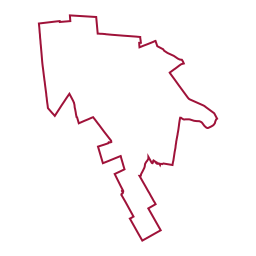 Mihail Kogalniceanu, Ialomita, Romania
{"feature_id": "2599482B73774561478339", "entity_name": "Mihail Kogalniceanu", "entity_type": "district", "adm_level": 2, "iso_a3": "ROU", "parent_name": "Romania", "parent_adm1": "Ialomita", "projection": "orthographic", "projection_center": [27.746, 44.645], "detail": "fine", "context": "isolated", "style": "outline", "palette": "rose", "viewbox_px": 256, "rotation_deg": 0, "n_neighbors": 0, "source": "geoboundaries", "source_scale": "gbopen_adm2", "svg_char_len": 4536}
<svg xmlns="http://www.w3.org/2000/svg" viewBox="0 0 256 256"><path d="M129.9,218.6L131.9,222.2L138.3,233.6L142.3,240.6L157.6,232.0L160.7,230.3L148.3,208.4L155.6,204.2L155.2,203.4L154.4,202.0L153.6,200.8L152.9,199.5L152.3,198.4L151.8,197.5L151.3,196.7L149.3,193.0L148.3,191.4L147.8,190.5L145.5,186.4L143.6,183.1L142.4,181.0L141.0,178.5L139.5,175.9L139.8,175.9L140.1,175.8L140.4,175.9L140.5,175.9L140.8,175.7L140.9,175.2L141.0,174.5L141.3,173.7L142.4,171.7L142.8,170.9L143.9,168.7L144.3,167.9L144.4,167.5L144.7,166.7L144.9,165.2L145.1,163.9L146.1,162.1L146.7,161.3L147.1,160.9L147.9,159.6L148.1,159.2L148.3,158.9L148.4,157.8L148.4,156.9L151.7,162.8L152.3,163.2L152.5,163.2L152.9,162.4L153.1,161.6L153.3,160.6L153.5,160.4L156.2,162.3L156.3,162.3L156.3,162.7L156.4,162.8L156.5,162.8L156.7,162.7L156.8,162.8L157.0,162.8L157.2,163.0L157.1,163.3L156.9,163.5L156.7,163.5L156.8,163.6L157.2,163.7L157.5,163.8L157.8,163.8L158.0,163.8L158.0,163.7L158.1,163.4L158.3,163.3L158.5,163.3L158.8,163.4L158.9,163.5L159.0,163.5L159.3,163.6L159.6,164.1L159.9,164.6L160.1,165.0L160.5,163.9L161.5,163.9L162.0,164.0L162.3,164.1L162.7,163.8L163.4,163.5L172.5,165.0L172.9,162.5L173.4,160.4L174.1,155.7L174.7,151.7L175.4,148.1L175.6,146.5L175.6,146.4L175.6,146.0L176.2,142.2L176.2,141.7L176.3,141.2L176.5,140.2L176.8,138.4L176.9,138.1L177.0,137.6L177.0,137.3L177.1,136.8L177.3,136.0L177.3,135.7L177.5,134.9L177.6,134.3L177.6,133.9L177.8,132.9L178.1,131.3L178.4,129.4L178.5,128.7L178.6,127.9L178.9,125.8L179.2,123.3L179.6,120.7L179.8,119.6L180.0,118.4L180.2,117.7L181.1,117.8L181.5,118.2L182.3,118.7L183.0,119.1L183.5,119.4L183.8,119.4L184.6,119.5L185.6,119.3L187.8,119.3L189.7,119.4L194.1,120.8L196.7,121.1L199.3,121.2L200.3,121.6L201.1,122.0L201.7,122.4L202.1,122.8L203.8,125.1L204.5,126.0L206.2,127.5L207.0,127.9L207.5,128.0L207.9,128.0L208.5,127.8L211.2,126.5L212.9,125.5L213.5,125.0L214.1,124.3L214.8,123.3L215.0,122.8L215.1,122.2L215.4,121.2L215.7,120.5L216.2,119.4L216.5,119.1L217.1,118.7L214.6,114.0L214.3,113.4L214.2,113.3L214.1,113.2L213.3,112.6L205.8,107.1L204.3,105.9L203.8,105.7L203.5,105.5L190.7,99.8L189.6,99.3L189.1,99.0L188.4,98.3L187.8,97.6L185.3,94.2L178.7,85.2L176.7,82.4L174.7,79.6L172.2,76.2L169.8,72.9L169.7,72.6L169.9,72.5L174.2,69.3L175.0,68.8L177.8,66.7L178.3,66.3L178.8,65.9L180.5,64.7L181.1,64.3L181.3,64.2L181.9,64.0L182.2,63.9L183.0,63.7L183.8,63.5L182.9,61.4L182.8,61.2L182.3,60.6L182.2,60.3L182.1,60.2L181.9,59.8L179.7,59.5L177.8,58.6L174.3,56.2L173.7,55.8L173.0,55.5L167.8,53.1L167.1,52.7L164.1,50.7L163.2,49.3L157.3,46.2L155.5,40.9L155.3,40.9L153.4,41.8L151.2,42.7L147.2,44.3L143.2,45.8L141.3,46.6L139.5,47.3L139.3,45.1L139.2,42.9L140.0,42.9L140.9,42.8L140.9,42.6L140.8,42.3L140.7,41.6L140.7,40.9L140.4,39.1L140.2,37.3L140.2,37.0L136.0,36.6L131.9,36.3L127.8,36.0L123.6,35.7L117.3,35.2L111.0,34.7L108.9,34.5L105.6,34.2L105.4,34.1L104.3,34.0L103.1,33.9L102.0,33.8L100.8,33.8L99.4,33.7L98.0,33.6L97.7,33.6L96.2,17.0L69.9,15.4L70.3,21.1L63.2,21.7L59.8,22.0L59.7,21.1L56.7,21.4L38.9,23.5L39.1,25.6L39.3,27.4L39.5,29.9L39.7,32.6L39.9,34.3L40.1,37.7L40.4,40.5L40.5,41.8L40.6,43.5L40.8,45.2L41.0,47.6L41.5,53.2L42.2,61.7L42.4,63.7L42.7,66.3L43.0,68.5L43.4,71.7L43.6,73.4L43.7,74.2L43.9,75.9L44.2,78.1L44.4,79.9L44.7,81.8L45.0,84.5L46.2,93.7L46.4,96.0L46.7,98.0L46.9,100.1L47.2,102.5L47.6,105.3L47.7,106.1L47.9,108.0L48.0,108.2L52.0,112.8L53.7,114.6L54.8,115.9L56.4,113.4L58.6,110.0L60.1,107.7L61.3,105.8L64.2,101.5L66.5,98.0L69.4,93.8L71.8,98.3L73.3,101.2L73.6,102.0L74.0,102.7L74.0,103.0L74.4,104.6L74.6,106.1L74.6,106.6L74.7,107.4L74.9,108.3L75.1,109.1L75.2,109.6L75.5,111.2L75.7,112.2L75.9,113.7L76.2,115.3L76.4,116.3L76.5,117.0L76.9,117.2L77.1,117.3L77.3,118.1L78.4,121.9L78.8,123.3L84.5,120.8L88.4,119.2L91.5,117.8L93.1,117.2L95.0,119.6L98.3,124.0L98.6,124.3L104.1,131.7L111.1,140.7L111.1,140.8L111.2,141.3L111.3,142.0L110.7,142.3L109.6,142.3L109.2,142.3L108.8,142.2L108.6,142.3L108.5,142.5L108.6,143.0L108.4,143.2L104.3,144.6L98.0,146.6L101.0,156.8L102.9,163.2L107.7,161.3L115.5,158.1L120.7,156.0L120.8,156.2L121.1,157.7L122.8,163.5L123.3,165.3L124.5,169.3L119.6,171.7L118.7,172.1L114.7,174.0L120.5,185.7L123.2,190.9L123.2,191.1L122.8,191.1L122.6,190.8L122.4,190.6L122.1,190.6L121.9,190.9L122.0,191.1L122.3,191.6L122.5,192.0L122.8,192.7L122.9,192.8L122.7,193.2L122.6,193.3L122.4,193.5L122.2,193.7L121.9,193.8L121.6,194.0L121.4,194.2L121.4,194.9L121.4,195.0L121.6,195.2L122.8,197.3L125.4,201.8L127.6,205.8L130.6,211.3L133.5,216.6L132.9,216.9L131.8,217.6L130.2,218.5L129.9,218.6Z" fill="none" stroke="#9f1239" stroke-width="2"/></svg>